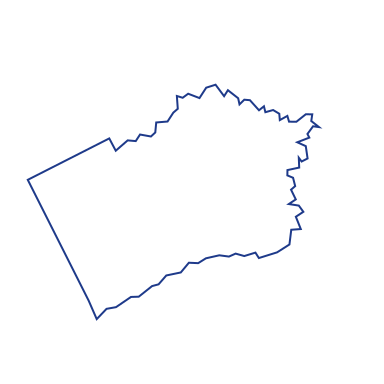 Bradley, Arkansas, United States of America (Robinson projection), rotated 243°
{"feature_id": "52423323B29165954447352", "entity_name": "Bradley", "entity_type": "district", "adm_level": 2, "iso_a3": "USA", "parent_name": "United States of America", "parent_adm1": "Arkansas", "projection": "robinson", "projection_center": [-92.174, 33.435], "detail": "fine", "context": "isolated", "style": "outline", "palette": "blue", "viewbox_px": 384, "rotation_deg": 243, "n_neighbors": 0, "source": "geoboundaries", "source_scale": "gbopen_adm2", "svg_char_len": 1139}
<svg xmlns="http://www.w3.org/2000/svg" viewBox="0 0 384 384"><g transform="rotate(243 192 192)"><path d="M122.0,49.4L126.7,62.8L123.9,72.0L126.2,90.0L122.9,97.0L126.3,113.7L124.9,120.3L129.3,131.2L125.4,145.5L130.4,157.1L125.8,165.2L126.6,174.3L123.2,187.6L117.7,195.6L117.3,202.9L111.2,209.5L109.2,221.0L102.8,221.6L99.6,240.4L101.0,255.0L113.3,263.3L109.6,272.1L122.8,273.3L123.8,282.2L131.4,281.0L137.3,272.8L138.3,281.1L149.1,281.3L150.4,286.6L158.8,288.5L163.5,284.5L168.2,287.0L165.1,298.6L174.0,302.7L169.4,303.5L169.4,310.2L181.2,314.2L188.5,308.4L187.2,321.2L191.3,321.2L195.6,329.7L192.2,334.6L201.1,330.5L206.6,334.4L209.6,328.7L207.2,316.9L210.6,310.4L216.5,311.5L216.2,302.9L222.1,305.3L228.2,301.5L229.8,293.6L235.7,295.0L234.4,288.8L247.5,285.3L250.5,280.5L248.5,274.1L254.6,275.7L266.4,270.2L262.8,264.1L276.9,261.7L278.5,252.0L272.3,241.3L281.3,233.2L280.2,226.5L284.4,222.1L272.6,217.1L271.2,211.4L265.9,202.2L270.2,191.7L261.7,186.3L260.1,180.6L266.8,171.8L262.9,165.0L267.2,158.1L263.4,142.8L277.3,142.6L277.4,55.0L277.4,51.2L186.2,50.8L142.0,50.6L122.0,49.4Z" fill="none" stroke="#1e3a8a" stroke-width="2"/></g></svg>